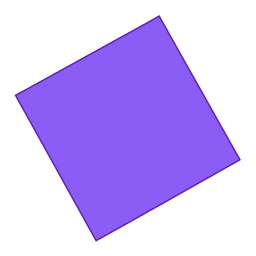 the district of Stevens, Kansas, United States of America, rotated 331°
{"feature_id": "52423323B61357262089532", "entity_name": "Stevens", "entity_type": "district", "adm_level": 2, "iso_a3": "USA", "parent_name": "United States of America", "parent_adm1": "Kansas", "projection": "albers", "projection_center": [-101.316, 37.192], "detail": "fine", "context": "isolated", "style": "filled", "palette": "violet", "viewbox_px": 256, "rotation_deg": 331, "n_neighbors": 0, "source": "geoboundaries", "source_scale": "gbopen_adm2", "svg_char_len": 375}
<svg xmlns="http://www.w3.org/2000/svg" viewBox="0 0 256 256"><g transform="rotate(331 128 128)"><path d="M202.3,45.3L55.8,45.0L45.5,44.9L45.5,211.1L57.7,211.0L69.1,211.0L92.9,210.9L93.2,210.9L105.3,210.8L111.5,210.8L112.2,210.8L161.1,210.4L161.6,210.4L210.4,210.0L210.5,210.0L209.8,100.5L209.5,45.2L202.3,45.3Z" fill="#8b5cf6" stroke="#5b21b6" stroke-width="1.5"/></g></svg>